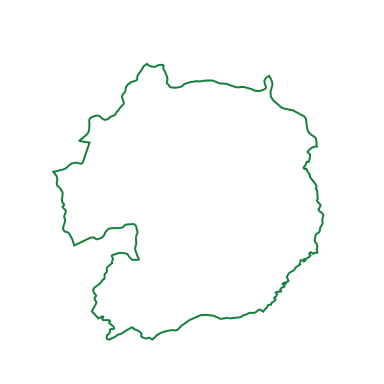 Guárico, Equal Earth projection, rotated 253°
{"feature_id": "VEN-45", "entity_name": "Guárico", "entity_type": "State", "adm_level": 1, "iso_a3": "VEN", "parent_name": "Venezuela", "parent_adm1": "", "projection": "equal_earth", "projection_center": [-66.651, 8.828], "detail": "fine", "context": "isolated", "style": "outline", "palette": "green", "viewbox_px": 384, "rotation_deg": 253, "n_neighbors": 0, "source": "natural_earth", "source_scale": "10m", "svg_char_len": 5855}
<svg xmlns="http://www.w3.org/2000/svg" viewBox="0 0 384 384"><g transform="rotate(253 192 192)"><path d="M251.8,65.3L251.2,74.3L251.3,77.4L251.8,79.1L253.6,82.6L254.5,85.5L254.0,89.0L253.6,90.5L251.7,93.5L251.4,94.3L251.4,95.0L251.5,95.4L252.0,96.0L269.2,108.5L273.0,100.5L274.0,99.4L277.7,108.2L278.5,109.4L279.1,110.1L280.7,111.2L282.3,112.1L286.4,113.6L289.5,114.3L290.9,114.9L291.8,115.5L292.4,116.3L292.9,117.9L293.1,121.8L292.8,123.7L292.4,124.7L291.8,125.5L287.6,128.2L286.3,130.2L286.3,132.8L286.7,134.1L287.8,136.2L287.9,136.8L288.0,139.9L288.5,141.3L290.3,142.9L290.9,144.2L291.6,145.5L292.9,146.9L294.0,148.5L295.6,151.4L296.3,152.4L297.6,153.0L303.0,152.7L304.0,153.0L305.4,154.2L307.6,157.4L308.3,158.0L310.7,158.9L312.0,160.0L313.1,161.4L313.6,162.2L314.7,165.4L314.9,167.0L314.9,170.3L315.1,171.5L315.3,172.1L315.7,172.5L318.6,173.6L319.7,174.5L323.8,180.0L326.0,182.1L326.5,182.9L327.7,186.2L325.4,188.0L324.0,189.8L323.0,191.7L322.5,193.6L323.1,195.8L323.0,198.0L322.4,200.4L322.0,201.3L321.5,201.7L319.2,200.9L317.6,200.6L316.5,200.8L315.3,201.3L309.4,201.9L306.8,201.4L304.1,199.9L303.5,199.9L302.9,200.0L301.3,200.9L299.2,201.5L298.3,202.3L297.7,203.5L296.3,207.4L295.9,212.3L296.1,213.5L297.4,216.4L297.5,217.0L297.6,222.4L296.6,228.8L295.6,231.5L295.3,232.7L294.8,236.8L292.9,243.5L292.1,245.0L288.4,249.3L287.8,250.3L285.7,255.7L284.9,257.1L279.6,264.3L278.6,266.6L278.3,268.7L277.2,272.4L273.2,278.7L271.3,280.8L270.1,282.4L269.4,284.2L268.9,286.0L268.8,288.9L268.9,290.2L269.3,292.0L269.8,292.9L270.5,293.4L271.0,293.5L273.7,293.3L275.9,293.4L277.7,294.0L278.7,295.1L279.6,296.5L280.5,299.8L275.2,300.7L272.9,300.7L270.7,300.1L264.9,296.4L260.3,295.3L256.1,296.4L247.8,301.5L246.0,303.0L244.5,305.1L240.5,312.5L231.7,321.2L230.0,322.1L228.0,322.3L219.8,320.8L215.7,320.7L212.0,322.6L208.6,325.5L206.9,326.1L204.5,325.9L200.0,324.7L199.0,324.7L199.5,322.3L199.5,320.3L199.0,318.5L197.1,314.9L196.4,314.2L193.6,315.8L191.0,315.2L188.4,313.7L186.6,312.1L187.3,310.8L186.8,310.1L184.9,308.9L183.2,306.3L182.5,305.8L181.5,305.9L181.0,306.4L181.1,307.6L180.9,308.2L180.4,308.3L178.6,308.2L175.1,309.4L174.5,309.8L173.1,309.3L171.1,309.5L162.6,312.7L160.8,312.8L160.4,312.5L159.4,311.5L158.8,311.3L157.1,312.1L148.7,310.3L147.7,309.2L147.1,308.9L145.2,309.6L143.4,310.7L141.6,311.1L138.2,307.9L136.4,308.3L133.3,310.5L131.3,310.8L129.7,309.9L128.1,308.7L124.0,307.8L122.8,306.9L121.9,305.6L120.6,304.4L117.5,302.8L116.1,301.3L115.5,298.6L114.7,297.6L109.8,295.1L108.8,295.0L106.7,295.9L103.8,295.9L102.7,295.7L100.6,294.4L98.8,294.6L97.9,294.4L97.2,293.5L98.1,291.6L97.4,289.7L99.5,288.3L99.7,287.2L98.3,285.9L96.7,286.8L95.8,285.6L94.9,282.0L93.2,279.8L93.0,278.9L94.9,279.6L94.9,278.9L94.4,277.6L94.5,276.8L94.9,275.8L93.7,275.4L92.0,274.0L90.9,274.2L90.6,272.1L89.8,269.8L88.7,268.0L87.8,267.3L87.3,266.2L86.3,261.5L83.7,258.4L83.1,258.0L78.7,258.2L78.4,257.7L78.2,253.7L78.1,252.7L77.7,251.9L77.2,251.9L77.1,252.6L76.6,254.2L75.9,252.9L74.6,252.6L74.3,252.3L74.4,250.3L74.3,249.6L73.4,249.0L72.8,248.3L72.9,248.0L72.4,247.8L72.2,247.5L71.9,247.4L71.4,248.0L70.8,248.0L71.1,246.4L71.8,243.7L71.4,242.7L71.0,242.6L69.8,243.5L69.1,243.4L67.5,241.9L67.1,240.0L66.8,239.6L66.3,239.6L65.2,240.4L64.6,240.3L64.0,239.6L63.0,237.1L62.7,235.6L62.4,235.3L61.4,234.9L61.1,234.5L61.7,232.2L61.5,231.5L59.7,229.9L58.9,228.2L56.3,224.4L57.3,225.1L58.0,223.9L59.3,223.3L59.7,222.5L59.8,221.8L59.6,220.8L59.3,219.8L58.6,218.7L58.3,217.5L58.4,215.5L59.5,212.0L59.5,211.4L59.1,208.4L59.0,205.2L58.2,202.2L58.3,200.7L60.0,191.5L61.3,189.1L62.2,182.9L62.5,182.1L63.1,181.1L64.5,179.9L65.6,178.3L66.7,177.5L67.5,176.2L69.9,170.7L70.7,168.3L71.6,164.3L71.6,162.9L70.2,152.0L67.2,143.0L64.3,137.6L64.5,135.7L65.8,132.2L66.2,129.9L66.5,126.7L66.5,121.9L66.2,120.0L65.2,115.8L64.0,114.6L63.5,112.3L62.5,111.6L62.6,111.1L63.2,110.2L65.2,108.6L65.4,108.1L65.1,106.2L65.3,105.4L65.7,104.6L66.6,103.2L68.0,101.7L68.7,101.2L70.7,102.2L72.2,102.0L74.9,100.2L78.2,96.1L79.9,95.7L80.0,94.6L79.8,92.7L77.1,82.7L77.2,79.5L76.2,76.7L75.7,74.5L75.1,69.3L75.6,68.5L76.3,67.9L77.5,67.7L79.2,68.4L79.9,69.0L80.7,70.9L81.6,72.1L82.3,72.7L83.9,73.0L84.2,73.2L84.5,73.6L84.6,74.0L83.9,76.7L84.0,77.2L84.7,77.8L86.2,77.5L88.8,75.9L90.7,74.5L91.5,74.6L92.7,75.9L93.2,75.8L93.7,75.1L94.4,73.1L95.1,70.5L95.7,69.4L96.5,69.1L97.1,69.1L97.5,69.4L98.2,70.6L98.6,70.7L98.9,70.6L99.2,69.2L98.5,65.5L104.5,62.7L106.1,61.7L107.3,61.5L112.9,67.2L114.6,68.4L116.9,67.8L119.2,67.8L119.6,68.1L120.6,70.0L121.0,70.1L123.1,69.3L124.2,68.7L125.4,68.6L127.9,69.1L129.0,70.7L131.2,76.9L131.8,77.9L133.9,80.6L134.1,81.0L134.5,82.6L136.9,83.9L138.8,84.3L139.2,84.7L139.9,86.3L140.8,87.3L141.8,87.7L144.2,88.2L145.2,89.6L147.3,94.7L148.7,95.1L151.0,96.8L151.6,96.9L154.2,96.5L154.8,96.9L155.0,98.3L154.9,100.6L155.1,103.9L155.0,104.5L154.9,105.1L153.3,109.3L152.4,111.1L151.4,112.2L148.6,112.9L146.8,113.6L144.6,115.2L144.2,116.2L142.9,120.8L143.2,121.6L143.8,121.7L146.2,121.1L152.9,120.8L154.7,121.1L155.6,121.5L158.9,123.6L159.7,123.9L162.9,124.5L164.5,125.0L166.1,125.8L169.2,128.1L174.5,128.5L176.2,128.3L177.6,127.7L178.0,127.3L178.5,126.5L179.9,120.7L180.0,119.5L180.0,118.5L179.5,117.3L178.8,116.2L178.4,114.8L178.6,113.2L179.1,110.5L180.5,106.1L181.1,103.8L181.2,102.5L181.0,101.2L180.2,99.4L178.8,97.4L176.7,95.6L175.5,94.1L175.0,92.9L174.7,91.4L174.4,89.0L174.5,87.6L174.9,86.6L176.4,85.6L177.1,84.9L177.5,84.0L177.8,82.7L177.7,79.7L175.3,63.9L182.4,63.6L188.9,62.1L189.9,61.2L190.9,59.4L191.4,58.8L193.7,57.9L195.5,58.3L197.2,59.3L201.0,62.1L201.6,62.3L206.0,62.6L207.0,63.2L209.0,64.9L210.6,65.9L211.9,65.6L214.3,64.2L215.4,63.8L216.3,64.7L216.7,65.7L217.2,66.0L217.8,66.0L220.0,65.1L221.3,65.0L222.6,65.4L228.9,68.1L229.9,68.0L233.8,67.0L235.8,66.1L237.3,65.0L239.0,65.0L240.9,65.5L243.2,66.9L246.0,67.2L247.7,66.9L251.8,65.3Z" fill="none" stroke="#15803d" stroke-width="2"/></g></svg>